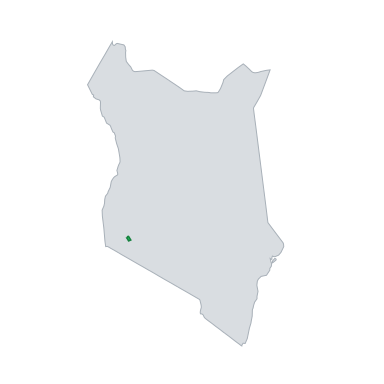 Nyaribari Masaba, Nyanza, Kenya (highlighted), rotated 353°
{"feature_id": "3690345B15425967230787", "entity_name": "Nyaribari Masaba", "entity_type": "district", "adm_level": 2, "iso_a3": "KEN", "parent_name": "Kenya", "parent_adm1": "Nyanza", "projection": "equal_earth", "projection_center": [34.907, -0.835], "detail": "fine", "context": "in_parent", "style": "filled", "palette": "green", "viewbox_px": 384, "rotation_deg": 353, "n_neighbors": 0, "source": "geoboundaries", "source_scale": "gbopen_adm2", "svg_char_len": 3468}
<svg xmlns="http://www.w3.org/2000/svg" viewBox="0 0 384 384"><g transform="rotate(353 192 192)"><path d="M99.7,235.7L99.6,230.4L100.1,216.9L100.1,205.0L100.6,199.0L102.8,195.3L103.8,192.5L104.5,188.7L105.6,185.6L108.2,183.0L108.7,181.6L111.4,177.4L113.1,171.9L114.3,170.1L115.8,168.4L116.9,167.5L118.7,166.6L120.1,166.0L120.4,165.6L120.5,164.7L120.1,161.3L120.7,160.2L121.6,158.0L122.7,155.9L123.7,154.5L124.3,153.2L124.5,150.8L124.6,149.1L124.5,146.3L124.2,140.1L123.1,134.8L122.4,129.0L122.9,127.1L122.0,123.6L121.5,123.4L120.8,122.7L119.8,119.4L119.1,116.5L118.7,115.7L115.6,113.2L114.0,107.1L112.3,105.7L111.3,99.7L111.2,97.9L112.1,91.9L112.1,90.5L111.0,89.2L108.1,87.9L105.7,85.5L106.0,84.6L106.2,83.7L105.0,83.1L101.4,72.8L106.0,66.6L110.7,60.3L116.7,52.3L122.3,45.0L127.0,38.7L131.3,33.1L131.2,34.2L131.2,35.6L131.7,36.5L132.6,37.1L133.8,36.5L134.9,35.6L135.9,35.4L142.3,37.7L143.4,39.8L143.3,42.0L143.6,43.6L143.1,45.2L142.6,50.0L142.7,54.4L144.6,57.7L146.4,60.3L147.7,63.9L148.7,65.0L150.1,65.6L154.5,65.8L161.0,66.0L167.3,66.2L167.8,66.3L169.2,66.8L174.9,71.7L180.2,76.2L184.7,80.1L189.0,83.8L193.2,87.5L196.5,90.6L199.7,91.5L205.0,92.0L208.6,92.1L212.0,93.4L216.9,94.6L220.7,95.2L222.9,95.9L229.1,96.6L230.2,96.2L232.9,92.8L236.0,87.3L237.2,84.3L241.1,81.2L248.1,77.0L253.0,74.1L258.5,71.1L261.0,73.7L264.4,77.8L266.0,79.9L267.2,80.8L269.1,81.4L271.3,81.4L272.6,81.3L275.1,80.8L281.0,80.3L284.4,80.3L281.6,85.8L278.2,92.4L271.9,104.5L267.2,110.9L263.5,115.7L263.2,116.6L263.2,122.0L263.3,135.1L263.4,161.4L263.5,187.7L263.6,214.1L263.6,227.2L263.6,231.6L266.8,237.2L269.9,242.6L274.0,249.7L276.2,253.5L276.5,254.8L276.4,257.4L273.0,262.7L270.3,265.2L266.6,266.3L265.4,266.1L264.0,265.4L263.4,266.6L263.0,268.6L262.1,268.2L261.5,267.6L261.9,271.2L262.3,272.9L261.7,275.3L259.9,277.4L259.7,279.1L255.8,283.7L250.3,284.2L247.3,286.5L246.0,288.4L245.0,292.5L245.4,298.7L243.8,303.5L243.5,305.9L240.7,309.0L239.4,311.9L238.4,314.8L237.6,316.1L236.6,322.6L235.3,326.6L234.9,327.9L234.6,329.1L233.6,331.4L232.9,333.0L232.4,334.1L229.0,344.2L226.3,348.8L224.3,348.3L222.9,350.0L222.7,350.9L222.0,350.4L220.3,348.7L216.7,345.3L213.2,341.8L209.7,338.4L206.1,335.0L202.6,331.5L199.0,328.1L195.5,324.6L191.9,321.2L189.8,319.1L188.9,317.9L188.2,315.6L187.8,315.0L186.9,314.2L185.8,314.1L185.5,313.6L185.5,312.5L185.9,310.8L187.2,307.6L187.3,305.8L187.1,303.7L186.7,300.3L186.3,299.5L183.9,297.7L179.0,294.0L174.1,290.3L169.1,286.6L164.2,282.9L159.3,279.2L154.3,275.5L149.4,271.8L144.5,268.0L139.5,264.3L134.6,260.6L129.6,256.9L124.7,253.2L119.8,249.5L114.8,245.8L109.9,242.0L104.9,238.3L103.1,236.9L101.4,235.7L99.7,235.7ZM263.9,271.8L263.1,272.1L263.5,270.3L266.1,268.0L267.1,268.6L267.3,269.1L267.2,269.6L266.8,270.0L263.9,271.8Z" fill="#d9dde1" stroke="#a8b0b8" stroke-width="1"/><path d="M123.2,232.9L123.4,232.8L123.7,232.7L124.0,232.6L124.5,232.5L124.6,232.4L124.8,232.4L125.0,232.3L125.4,232.2L125.1,231.4L124.8,230.9L124.6,230.5L124.4,229.9L124.1,229.3L124.0,229.2L123.9,229.0L123.9,228.9L123.8,228.7L123.7,228.5L123.6,228.4L123.4,228.3L123.3,228.2L123.2,228.2L123.1,228.3L122.9,228.4L122.9,228.5L122.7,228.6L122.5,228.8L122.4,228.8L122.3,229.0L122.2,229.2L122.2,229.3L122.1,229.5L121.9,229.6L121.8,229.8L121.7,229.8L121.8,230.0L122.0,230.3L122.1,230.5L122.3,230.8L122.3,231.0L122.5,231.1L122.6,231.3L122.6,231.5L122.7,231.8L122.8,232.1L122.8,232.3L122.9,232.5L123.0,232.6L123.1,232.8L123.2,232.9Z" fill="#22c55e" stroke="#15803d" stroke-width="1.5"/></g></svg>